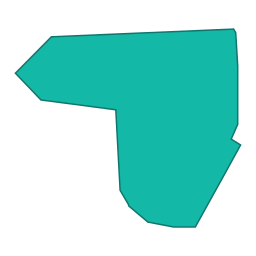 outline of Hillcrest Gardens, Castries, Saint Lucia
{"feature_id": "8701671B99228851829724", "entity_name": "Hillcrest Gardens", "entity_type": "district", "adm_level": 2, "iso_a3": "LCA", "parent_name": "Saint Lucia", "parent_adm1": "Castries", "projection": "robinson", "projection_center": [-60.971, 14.011], "detail": "fine", "context": "isolated", "style": "filled", "palette": "teal", "viewbox_px": 256, "rotation_deg": 0, "n_neighbors": 0, "source": "geoboundaries", "source_scale": "gbopen_adm2", "svg_char_len": 445}
<svg xmlns="http://www.w3.org/2000/svg" viewBox="0 0 256 256"><path d="M237.7,104.5L237.7,65.8L235.7,32.8L233.6,29.0L232.1,29.2L231.2,29.2L51.4,36.8L15.4,73.2L41.0,100.0L73.4,104.2L115.8,109.8L118.9,167.6L120.1,190.3L127.6,203.1L128.4,204.5L128.9,206.1L137.1,213.0L147.9,222.1L166.9,225.7L173.5,227.0L195.3,227.0L224.6,174.1L240.6,145.0L233.1,140.3L231.2,139.1L237.7,124.4L237.7,104.5Z" fill="#14b8a6" stroke="#0f766e" stroke-width="1.5"/></svg>